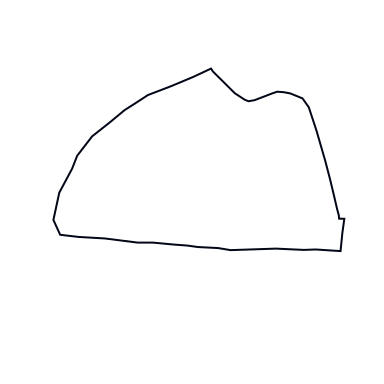 outline of Tokelau, Tuvalu, rotated 249°
{"feature_id": "33948139B19448829688587", "entity_name": "Tokelau", "entity_type": "district", "adm_level": 2, "iso_a3": "TUV", "parent_name": "Tuvalu", "parent_adm1": "", "projection": "natural_earth1", "projection_center": [176.32, -6.281], "detail": "fine", "context": "isolated", "style": "outline", "palette": "ink", "viewbox_px": 384, "rotation_deg": 249, "n_neighbors": 0, "source": "geoboundaries", "source_scale": "gbopen_adm2", "svg_char_len": 743}
<svg xmlns="http://www.w3.org/2000/svg" viewBox="0 0 384 384"><g transform="rotate(249 192 192)"><path d="M248.8,319.1L252.2,313.6L255.1,307.5L255.3,302.3L255.3,296.2L255.3,289.9L255.3,283.3L256.5,277.2L259.5,274.1L268.8,267.4L296.8,254.8L300.4,254.0L299.0,234.2L298.3,210.3L298.3,185.6L295.7,173.5L292.6,158.4L286.2,139.4L279.8,118.8L267.0,97.8L256.7,88.4L239.0,67.9L215.6,52.6L199.3,53.6L190.7,70.0L180.0,93.7L164.1,123.4L158.7,137.5L149.3,156.5L143.7,168.4L138.5,177.8L130.3,196.3L123.9,207.2L109.1,250.0L97.8,275.8L94.0,286.9L83.6,309.5L99.7,317.6L112.4,324.6L114.4,319.8L117.6,320.7L124.4,321.4L137.3,323.2L154.8,325.5L173.8,327.6L204.6,330.2L229.3,331.4L239.8,328.7L248.8,319.1Z" fill="none" stroke="#020617" stroke-width="2"/></g></svg>